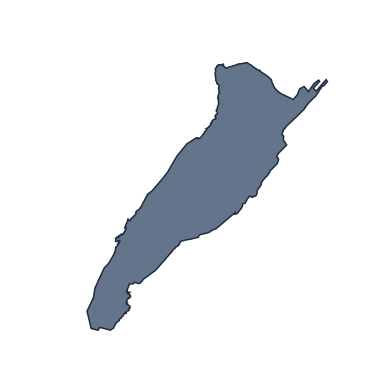 outline of Vadakstes pag., Saldus, Latvia, rotated 126°
{"feature_id": "27541924B67343530122833", "entity_name": "Vadakstes pag.", "entity_type": "district", "adm_level": 2, "iso_a3": "LVA", "parent_name": "Latvia", "parent_adm1": "Saldus", "projection": "equal_earth", "projection_center": [22.796, 56.389], "detail": "fine", "context": "isolated", "style": "filled", "palette": "slate", "viewbox_px": 384, "rotation_deg": 126, "n_neighbors": 0, "source": "geoboundaries", "source_scale": "gbopen_adm2", "svg_char_len": 5858}
<svg xmlns="http://www.w3.org/2000/svg" viewBox="0 0 384 384"><g transform="rotate(126 192 192)"><path d="M118.9,139.8L115.0,140.9L114.8,141.4L113.8,142.4L113.7,142.9L113.9,144.2L110.0,144.8L98.2,143.1L96.5,148.1L96.5,148.3L96.3,148.6L93.3,150.4L92.9,150.8L92.7,151.6L92.8,152.9L92.5,153.0L92.2,153.2L87.8,154.4L84.9,154.1L84.6,154.3L83.8,154.3L67.5,151.3L58.9,149.9L56.3,150.1L50.7,149.9L47.5,149.3L44.4,149.0L42.8,148.4L36.8,148.3L35.8,148.8L32.2,148.7L30.7,148.9L29.4,148.6L28.5,147.7L25.3,147.6L23.1,147.3L22.3,149.6L37.3,150.8L36.8,154.8L27.4,153.8L27.1,155.4L32.5,157.0L42.4,156.8L40.8,162.9L40.8,163.4L44.2,164.9L44.2,165.0L45.7,165.5L51.3,163.9L57.6,164.5L60.1,177.6L60.1,181.2L59.5,185.4L58.8,187.1L58.2,188.5L57.7,189.1L56.0,192.2L55.2,192.9L55.2,193.0L54.4,194.1L54.0,198.9L54.0,201.9L54.3,207.1L53.7,208.5L54.2,208.4L54.3,208.6L54.7,213.8L54.8,213.8L54.7,215.0L54.8,216.1L54.6,218.2L54.7,219.7L54.8,219.7L55.0,223.6L55.6,224.2L59.4,227.7L60.3,228.8L61.4,229.9L64.4,231.8L72.0,237.6L71.4,239.6L71.8,240.9L70.3,241.5L70.1,241.7L70.3,242.0L71.5,242.8L71.5,243.0L72.4,243.4L72.3,243.5L72.5,243.7L72.8,244.2L72.8,244.4L73.1,244.5L73.1,244.8L73.2,245.1L73.9,245.5L75.7,245.9L75.9,245.8L75.8,245.2L76.1,245.1L76.9,245.5L78.7,245.6L79.5,244.6L80.2,244.2L80.6,243.7L82.5,243.1L83.6,241.8L84.8,241.0L86.3,239.3L87.7,238.5L88.2,237.1L89.5,235.9L89.6,235.2L89.7,234.5L89.6,233.3L89.9,232.8L90.8,232.1L91.7,232.0L92.4,231.6L93.0,231.1L93.5,230.2L95.3,229.0L95.8,228.4L95.8,227.8L96.0,227.8L96.1,228.0L96.5,228.0L98.2,227.7L100.1,226.9L100.3,226.7L100.2,226.5L100.3,226.3L101.4,226.0L101.4,225.8L101.3,225.6L101.4,225.0L101.9,225.0L102.0,224.9L101.9,224.6L102.1,224.4L102.5,224.1L103.7,223.6L104.4,222.7L104.8,222.4L106.0,221.9L108.0,221.5L109.7,220.5L110.1,220.4L110.9,220.6L111.9,220.3L112.0,220.2L112.0,219.8L112.4,219.5L112.4,218.6L112.7,218.3L113.8,217.5L114.0,217.5L114.8,218.0L115.7,218.1L116.2,218.1L116.5,217.8L117.4,217.8L117.5,217.6L117.2,217.4L117.5,216.7L118.1,216.4L118.4,215.9L118.6,215.8L119.3,215.8L119.6,216.3L119.8,216.7L120.9,217.2L122.4,217.5L123.5,217.3L123.7,216.9L124.0,216.8L125.5,217.4L125.6,217.0L125.7,216.8L127.3,216.2L127.8,216.3L128.3,216.8L128.8,216.9L129.4,216.7L129.9,216.7L132.1,217.6L131.9,217.2L132.3,216.8L133.6,216.8L134.6,217.1L135.9,217.1L136.6,217.1L137.2,216.9L140.1,216.9L142.8,217.1L144.0,217.6L144.5,217.7L144.8,217.9L145.4,218.8L144.8,219.1L144.8,219.5L145.1,219.9L146.3,220.6L156.2,224.5L172.0,225.3L190.6,223.4L198.6,223.7L214.6,225.0L219.7,226.6L234.3,224.5L234.8,224.7L235.9,224.4L237.9,224.8L238.9,225.1L239.6,225.6L241.4,225.7L241.9,224.7L243.9,224.6L248.5,225.4L249.3,225.7L251.3,225.2L251.6,226.0L252.0,226.5L251.9,226.9L251.4,227.8L251.6,228.0L252.6,227.6L253.7,226.9L257.3,226.4L258.3,225.8L260.3,225.6L260.5,225.5L260.6,225.3L259.9,225.1L259.7,224.9L259.7,224.6L260.1,224.0L260.6,223.7L261.2,223.5L261.9,223.6L262.2,223.4L263.0,223.2L263.5,223.4L264.1,223.4L264.4,223.1L265.5,222.9L265.6,223.2L266.3,223.1L267.0,223.1L267.7,223.4L267.7,223.5L267.3,223.7L267.3,224.1L267.8,224.1L267.9,224.4L268.5,224.7L268.8,224.3L269.4,224.4L269.5,224.8L270.6,225.6L271.0,225.5L271.2,225.4L271.1,224.8L271.2,224.7L271.6,224.6L272.1,224.8L272.6,225.6L272.4,226.0L272.6,226.2L273.7,226.5L274.3,226.5L274.5,226.4L274.6,226.0L274.7,225.9L276.0,225.5L276.7,224.9L276.8,224.6L276.6,224.1L276.2,223.6L275.3,223.2L274.0,222.3L273.9,221.9L274.1,221.4L274.5,221.4L275.0,221.2L275.8,221.6L276.5,221.7L277.0,221.5L276.7,221.3L276.7,221.0L276.8,221.0L277.5,220.9L277.9,221.3L278.4,221.5L278.6,221.4L279.0,220.9L279.9,220.8L280.8,221.1L281.1,221.0L281.4,221.2L281.9,220.9L282.6,220.8L283.7,219.8L286.2,219.1L289.0,218.5L296.6,217.7L299.9,217.6L305.0,218.4L305.9,218.2L326.5,214.1L335.6,209.6L350.1,206.9L361.7,193.3L359.0,186.7L355.8,187.2L352.2,178.1L351.8,176.8L348.2,175.5L342.7,176.4L341.5,176.2L339.4,175.6L338.9,175.3L338.7,175.3L338.4,175.6L338.1,176.0L337.6,176.0L336.5,175.7L336.4,175.4L336.1,175.2L335.5,175.2L334.8,175.4L334.4,175.3L333.9,175.4L333.7,175.4L333.6,175.2L333.2,175.0L331.3,175.3L330.1,175.1L329.6,174.9L329.5,175.3L328.9,175.3L328.7,175.1L328.7,174.3L328.9,174.0L328.8,173.9L328.4,173.9L327.6,174.6L327.1,174.8L326.4,174.6L325.5,173.6L325.2,173.5L324.7,173.4L324.3,173.7L324.2,174.4L324.0,174.5L323.5,174.5L322.8,174.0L322.2,174.0L321.8,174.2L321.9,174.4L321.8,174.7L321.1,175.1L320.8,175.4L320.9,177.0L320.8,177.9L320.8,178.1L321.3,178.4L321.3,178.5L320.9,178.9L320.2,178.9L320.8,179.5L320.4,179.7L320.1,180.1L318.7,180.2L318.6,180.6L318.4,180.7L318.3,181.0L317.5,181.2L316.9,181.1L316.5,181.0L316.1,180.9L315.9,180.9L315.6,181.3L315.1,181.2L315.2,180.8L314.9,180.5L314.1,180.2L313.1,180.1L312.5,180.2L312.2,180.6L311.9,181.2L312.0,181.6L311.9,182.0L311.4,182.6L311.4,182.8L311.7,183.4L312.1,183.6L312.1,183.9L312.0,184.1L311.3,184.6L311.1,184.4L311.1,183.7L310.4,183.7L309.9,183.5L310.6,184.8L311.2,185.0L310.6,185.6L310.7,186.0L310.1,186.4L310.4,186.6L309.8,186.6L307.5,187.4L306.5,187.5L306.2,187.8L305.7,188.0L304.7,188.0L303.3,188.7L300.8,185.6L298.9,185.1L298.4,184.7L297.7,182.1L297.3,181.1L295.7,180.2L290.7,179.9L276.5,175.4L252.0,173.2L249.5,173.2L246.7,172.6L245.5,172.5L243.2,171.5L242.6,171.5L240.7,171.7L238.5,172.2L232.8,167.3L232.5,166.8L228.3,163.1L224.9,160.3L223.8,160.7L221.6,160.3L221.1,159.8L216.9,156.2L213.9,154.1L213.2,154.0L212.4,153.8L211.6,153.3L210.3,152.8L207.7,151.0L183.3,145.0L184.7,144.1L182.9,142.8L182.4,142.7L180.2,142.7L177.4,142.5L175.1,142.6L173.6,143.0L171.8,144.0L170.0,142.5L169.7,142.5L166.3,142.9L165.0,143.4L164.0,143.0L161.6,143.1L161.2,141.8L160.6,141.0L160.6,140.9L161.0,140.4L161.0,140.2L159.5,139.6L158.8,138.7L156.8,138.1L154.5,138.7L152.5,140.2L146.8,140.1L144.5,140.7L143.7,141.4L140.8,141.5L136.4,141.0L134.1,140.5L132.6,140.8L130.7,140.7L128.7,141.2L125.5,140.7L122.6,140.2L118.9,139.8Z" fill="#64748b" stroke="#1e293b" stroke-width="1.5"/></g></svg>